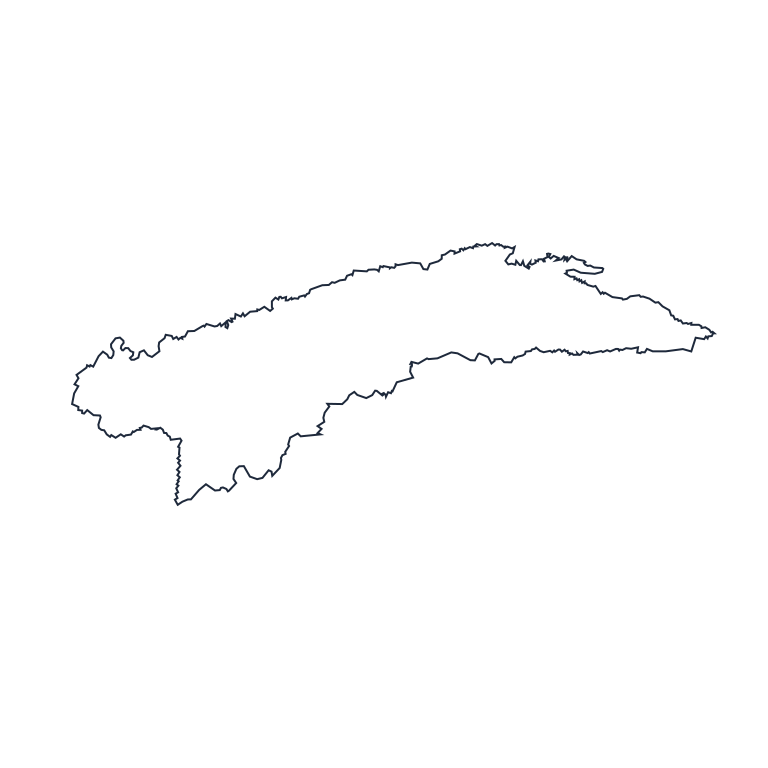 Puente Nacional, Veracruz, Mexico (Robinson projection), rotated 201°
{"feature_id": "50627088B8661366969935", "entity_name": "Puente Nacional", "entity_type": "district", "adm_level": 2, "iso_a3": "MEX", "parent_name": "Mexico", "parent_adm1": "Veracruz", "projection": "robinson", "projection_center": [-96.589, 19.313], "detail": "fine", "context": "isolated", "style": "outline", "palette": "slate", "viewbox_px": 768, "rotation_deg": 201, "n_neighbors": 0, "source": "geoboundaries", "source_scale": "gbopen_adm2", "svg_char_len": 6134}
<svg xmlns="http://www.w3.org/2000/svg" viewBox="0 0 768 768"><g transform="rotate(201 384 384)"><path d="M455.4,258.2L451.3,268.2L452.7,276.4L453.7,278.0L453.3,281.2L450.8,283.5L451.9,285.3L450.4,292.1L451.8,293.2L452.4,300.3L446.7,306.9L443.0,305.3L425.2,314.2L428.4,314.4L426.2,319.7L430.9,320.9L426.2,327.3L428.5,330.7L429.1,336.0L427.0,343.4L429.8,345.2L415.8,350.3L412.8,356.6L412.4,361.0L408.9,366.0L405.0,364.2L395.5,364.5L391.0,369.4L389.9,374.6L388.3,375.0L381.4,372.7L380.9,373.5L382.2,374.2L380.4,376.1L380.9,374.8L378.8,374.8L377.6,372.8L377.2,377.8L374.2,377.9L374.2,380.3L373.4,380.2L372.7,390.2L359.1,400.4L364.0,404.8L365.3,409.9L364.4,410.3L364.6,411.6L365.3,412.9L366.5,412.3L366.3,414.5L359.4,415.3L353.0,423.3L351.3,423.2L343.3,427.1L332.5,437.6L326.3,439.0L311.9,437.2L307.6,438.6L306.7,445.9L305.8,446.7L296.4,446.4L291.0,441.7L289.0,445.2L289.6,446.6L283.5,449.4L279.6,447.4L273.0,449.8L272.0,455.7L270.6,455.0L269.2,457.3L264.8,460.3L263.1,462.6L263.4,465.0L258.7,467.4L258.2,469.4L255.9,470.7L255.1,472.5L250.2,470.8L246.3,470.9L240.8,474.5L238.2,473.9L237.2,476.2L235.9,475.4L233.5,478.7L232.0,479.2L229.5,477.9L227.7,480.7L226.0,479.7L224.4,480.7L223.4,478.9L221.6,479.4L221.2,478.0L219.4,479.9L217.6,479.1L213.6,480.8L214.5,482.0L212.2,481.0L210.9,482.1L209.8,485.7L204.9,485.9L204.3,487.1L202.8,486.2L193.0,492.6L191.2,492.2L187.8,495.5L184.6,495.4L180.1,499.8L178.0,500.6L176.4,499.4L176.0,500.7L173.6,501.2L170.8,504.2L165.8,505.5L160.0,509.3L158.9,504.1L155.5,504.7L155.1,506.0L151.9,507.0L151.1,511.0L144.8,510.8L132.6,515.5L117.5,523.7L108.8,524.5L109.6,538.9L101.2,540.6L100.5,543.7L98.2,542.5L98.3,544.7L95.2,546.2L94.9,549.2L93.7,549.7L96.0,550.5L97.1,549.4L99.7,551.2L104.4,552.1L107.6,550.1L108.4,551.6L111.2,552.1L118.4,549.4L118.9,551.1L121.7,549.0L123.3,549.4L126.6,547.6L129.8,549.7L131.7,548.4L133.2,549.8L135.5,548.6L138.4,551.4L140.5,551.0L144.0,555.1L151.8,556.3L157.2,558.7L159.8,557.2L166.7,558.8L173.5,558.5L175.6,557.4L177.5,558.4L185.5,554.1L187.8,550.5L191.2,548.4L192.5,549.2L201.9,547.0L210.4,548.4L211.2,547.0L212.8,548.0L213.9,545.8L221.7,551.3L223.5,549.9L229.6,549.4L231.2,550.4L232.7,549.9L233.4,551.7L235.3,549.4L237.0,551.6L238.3,549.9L239.4,551.7L240.8,550.2L242.1,551.6L243.8,550.1L244.5,552.4L248.4,551.0L254.3,552.1L253.1,553.4L254.1,555.2L247.9,558.8L240.2,558.4L226.7,562.4L220.6,566.8L220.6,570.1L221.7,570.5L229.8,568.0L233.9,568.5L236.2,567.2L239.3,567.6L240.8,568.7L239.7,570.1L241.3,570.7L248.9,569.4L254.6,570.7L257.0,564.2L257.9,565.0L258.2,568.7L260.0,564.6L260.6,567.4L261.7,567.7L263.0,563.9L267.9,560.8L266.1,564.2L271.5,564.4L273.4,560.9L275.6,561.7L275.3,564.9L277.3,564.7L278.4,563.9L276.8,561.1L279.5,558.3L277.9,556.1L278.9,555.6L281.2,557.1L284.5,555.7L284.2,553.8L286.9,553.6L285.8,551.6L288.7,548.5L290.7,548.6L291.2,550.7L292.6,546.2L290.1,545.5L290.2,543.6L295.4,544.6L298.3,548.4L298.7,544.1L299.8,543.7L304.7,546.4L304.1,542.4L308.0,542.1L310.8,540.2L314.8,542.5L312.9,550.0L310.6,552.2L311.2,558.7L313.0,556.5L317.9,556.5L320.0,554.5L320.2,555.7L321.8,554.9L324.5,555.7L325.9,554.7L326.8,555.8L329.1,554.8L329.9,553.1L333.6,554.3L337.0,550.0L339.7,550.8L342.3,548.2L347.5,547.9L348.7,545.7L347.2,545.5L349.9,544.3L349.6,542.7L352.9,542.6L356.2,539.1L357.3,539.7L357.8,537.3L360.0,538.2L361.5,537.0L360.5,535.1L364.9,531.0L365.6,533.1L369.7,532.4L373.5,526.7L376.2,524.9L375.0,521.6L377.3,518.0L384.3,512.5L384.5,506.4L388.4,505.4L393.4,509.6L401.5,507.3L413.6,500.0L416.1,499.9L415.4,497.9L416.1,496.1L419.0,495.6L419.9,494.3L420.1,495.0L426.8,493.9L427.0,492.6L429.7,492.6L429.3,487.3L431.4,488.1L434.1,487.5L439.4,485.1L440.4,483.0L452.9,479.1L452.5,474.3L453.8,474.8L457.3,471.8L457.6,467.5L462.4,464.9L466.3,460.8L469.0,460.4L471.0,456.7L477.0,454.1L485.8,446.5L486.7,445.5L486.5,441.9L488.3,440.3L489.1,437.3L490.3,438.1L494.4,435.1L494.8,432.8L498.4,431.9L500.4,430.0L501.3,431.2L503.7,427.6L505.7,426.8L506.6,430.1L510.0,427.4L511.7,428.4L512.9,427.8L512.9,425.0L516.3,425.7L518.3,421.0L516.2,415.6L514.8,414.5L516.5,411.4L523.4,413.2L527.0,408.4L529.0,408.2L528.5,406.6L534.9,403.5L538.4,397.3L541.0,399.4L541.8,395.7L547.7,396.1L546.6,391.5L550.2,390.3L547.8,387.9L548.4,387.2L552.1,387.9L553.3,386.4L550.5,383.2L550.3,380.0L552.4,380.4L553.9,384.9L556.7,379.7L558.8,381.7L560.5,378.4L562.8,377.0L571.3,376.4L572.1,373.3L573.2,373.9L574.2,373.0L580.1,365.5L586.0,363.0L586.8,357.0L589.4,355.6L588.5,354.0L590.6,354.2L591.8,351.9L594.5,353.6L596.9,350.5L599.4,352.8L605.4,351.7L605.3,348.1L608.8,342.2L608.0,338.6L605.4,334.1L610.3,326.1L614.9,326.2L620.2,329.4L623.5,326.1L622.8,320.6L626.0,317.1L628.5,316.1L630.5,317.2L628.7,320.7L629.4,323.8L632.5,323.9L635.6,325.8L638.3,324.9L639.6,321.9L640.6,321.7L642.5,323.1L642.9,325.6L641.8,329.1L642.8,331.0L647.2,332.7L651.0,330.4L653.1,323.3L651.8,320.4L648.1,317.6L647.1,314.0L647.8,310.5L650.3,310.0L652.9,312.2L658.0,313.5L660.4,307.7L661.7,296.0L664.9,296.4L665.1,294.8L667.9,295.1L667.6,292.7L674.3,282.3L671.3,279.9L672.8,272.8L668.6,272.4L669.9,264.2L668.0,253.5L661.1,253.1L660.1,250.1L656.3,251.0L655.4,248.7L653.4,248.9L651.7,253.3L644.0,250.8L637.9,252.8L636.6,251.4L636.1,243.7L634.4,240.8L631.4,239.9L628.6,240.5L624.8,237.6L620.8,236.5L620.3,238.6L615.3,237.6L611.7,242.7L607.8,241.8L606.8,243.5L602.1,246.1L601.5,249.7L600.4,249.5L598.2,252.6L594.9,254.0L596.2,255.5L594.6,256.5L593.6,259.0L588.2,259.4L585.4,258.6L580.2,261.2L580.6,259.8L579.8,260.0L577.2,263.0L574.1,262.1L571.8,259.5L569.6,260.2L567.4,258.3L565.1,258.1L563.1,255.5L554.8,260.0L552.7,258.5L553.7,251.6L552.1,251.3L550.2,244.9L548.8,243.9L550.2,240.5L547.0,239.4L548.0,236.7L544.7,234.7L546.5,229.8L543.4,228.6L544.2,224.8L541.2,223.7L542.1,220.0L540.8,219.6L541.7,216.1L539.5,215.4L540.6,212.2L537.4,209.1L539.2,206.9L535.9,203.5L537.8,201.1L533.3,197.3L530.0,201.9L525.8,205.9L522.9,207.1L518.6,218.9L514.3,226.6L503.6,224.0L499.3,226.1L499.0,228.6L497.3,229.7L493.5,229.5L491.3,227.8L490.5,228.8L486.5,238.6L490.5,241.4L491.7,245.4L491.4,251.9L489.6,255.3L485.4,257.1L476.0,249.5L468.3,249.7L463.8,252.8L460.8,262.1L457.6,261.9L455.4,258.2Z" fill="none" stroke="#1e293b" stroke-width="2"/></g></svg>